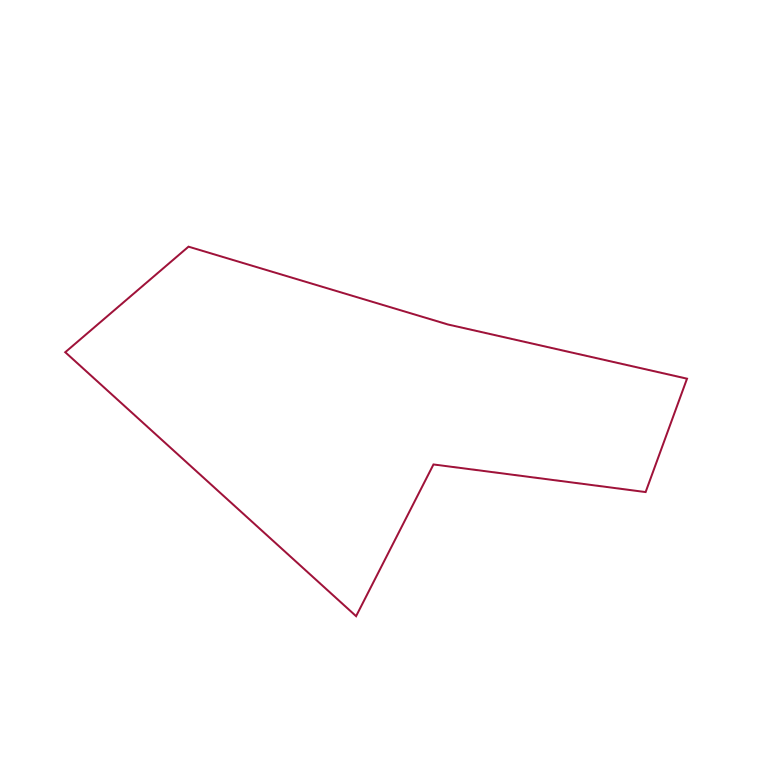 Buena Vista, Virginia, United States of America (Robinson projection), rotated 247°
{"feature_id": "52423323B86095735996061", "entity_name": "Buena Vista", "entity_type": "district", "adm_level": 2, "iso_a3": "USA", "parent_name": "United States of America", "parent_adm1": "Virginia", "projection": "robinson", "projection_center": [-79.361, 37.729], "detail": "fine", "context": "isolated", "style": "outline", "palette": "rose", "viewbox_px": 768, "rotation_deg": 247, "n_neighbors": 0, "source": "geoboundaries", "source_scale": "gbopen_adm2", "svg_char_len": 262}
<svg xmlns="http://www.w3.org/2000/svg" viewBox="0 0 768 768"><g transform="rotate(247 384 384)"><path d="M181.2,267.6L290.6,398.1L182.3,582.6L270.5,665.0L413.8,466.1L586.8,257.7L537.8,103.0L181.2,267.6Z" fill="none" stroke="#9f1239" stroke-width="2"/></g></svg>